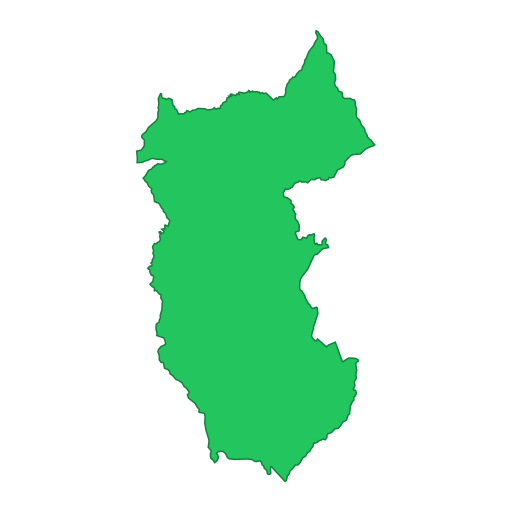 outline of La Vega, Cundinamarca, Colombia
{"feature_id": "7082276B26976888039358", "entity_name": "La Vega", "entity_type": "district", "adm_level": 2, "iso_a3": "COL", "parent_name": "Colombia", "parent_adm1": "Cundinamarca", "projection": "natural_earth1", "projection_center": [-74.344, 4.982], "detail": "fine", "context": "isolated", "style": "filled", "palette": "green", "viewbox_px": 512, "rotation_deg": 0, "n_neighbors": 0, "source": "geoboundaries", "source_scale": "gbopen_adm2", "svg_char_len": 6037}
<svg xmlns="http://www.w3.org/2000/svg" viewBox="0 0 512 512"><path d="M323.1,38.8L320.3,35.6L318.0,31.7L316.2,30.7L315.7,32.6L317.4,36.0L317.4,38.9L315.5,41.2L313.3,45.9L308.8,51.6L306.2,58.3L305.0,59.8L304.4,63.2L302.4,66.9L301.9,69.7L299.3,71.1L296.9,73.7L295.2,76.7L294.2,77.2L292.7,77.1L292.1,78.2L289.5,80.2L289.1,81.7L287.2,84.1L285.7,89.0L285.6,93.3L284.2,96.5L279.0,96.8L277.3,99.1L276.3,97.9L273.5,100.2L266.1,93.1L263.7,93.6L262.8,92.9L261.3,92.9L260.4,93.5L259.5,92.2L258.7,92.4L257.3,91.6L253.6,91.9L252.4,91.1L251.6,91.7L250.6,91.7L249.9,92.4L249.4,90.8L248.6,90.5L247.8,91.8L244.8,93.2L239.1,92.1L238.5,92.9L239.1,94.6L236.9,93.8L235.7,95.5L233.8,94.9L233.0,95.2L231.9,94.1L230.8,94.1L230.2,94.8L231.3,95.7L231.3,96.3L228.6,96.1L228.9,97.4L227.0,98.0L226.3,101.4L223.3,102.6L222.5,103.6L222.2,105.0L220.8,105.5L220.1,108.5L218.0,108.2L215.8,109.2L214.3,107.6L212.5,109.3L207.0,110.0L205.2,108.8L198.3,108.4L194.1,110.3L192.7,110.1L190.1,112.0L186.9,110.5L186.3,112.1L184.9,112.5L184.0,113.8L180.1,113.8L178.6,114.4L176.7,109.8L176.2,109.2L174.9,109.0L174.6,106.6L173.0,105.4L172.0,99.6L168.8,98.2L166.2,99.5L165.0,98.5L162.7,98.2L161.7,97.0L161.5,94.0L160.5,93.6L158.3,98.6L158.9,103.9L158.1,108.1L158.8,109.8L157.9,112.5L157.9,117.3L157.6,118.4L155.8,121.1L148.4,127.5L146.1,131.6L143.0,134.0L141.9,135.5L141.7,136.9L142.2,138.0L144.3,139.8L144.3,145.9L141.2,150.2L136.7,151.1L137.3,158.0L137.1,162.7L142.1,162.4L145.1,160.9L147.7,160.4L150.8,158.8L152.8,158.4L156.2,159.2L162.3,159.4L164.6,161.2L166.3,161.5L165.1,162.7L160.9,164.3L157.5,163.8L156.2,165.0L154.4,165.7L153.8,166.9L152.6,167.4L151.8,168.9L148.5,170.4L145.4,175.8L143.2,178.1L145.6,181.7L147.1,182.6L148.6,186.1L151.8,188.8L151.2,190.4L151.5,192.5L153.7,195.1L154.5,201.7L155.4,201.6L156.7,202.6L158.1,202.8L159.6,204.3L161.7,208.2L163.2,209.3L163.4,211.5L165.6,213.4L167.0,217.9L169.0,219.5L169.9,221.3L169.1,222.4L168.1,226.2L165.1,225.0L164.6,226.1L165.1,228.6L161.7,229.2L163.8,231.2L163.6,232.5L161.7,233.6L160.5,231.6L159.1,231.9L159.2,232.8L160.3,233.8L159.6,236.3L160.3,238.9L160.1,240.2L159.1,241.9L157.8,242.3L156.3,243.6L154.4,243.7L152.7,246.3L152.6,247.6L153.6,250.4L152.9,253.4L154.0,255.8L153.5,258.1L152.3,259.5L152.3,261.6L150.9,263.0L152.0,264.4L152.1,265.3L151.7,265.9L149.8,266.2L147.8,268.2L148.1,268.9L149.9,269.9L149.8,271.8L151.1,275.0L153.3,275.9L153.7,276.8L152.8,281.5L150.1,284.0L150.0,284.5L152.2,286.6L154.3,287.7L154.4,290.8L156.2,290.4L159.2,294.0L161.1,294.8L160.8,298.2L161.8,299.4L162.6,301.8L162.1,303.7L162.0,309.3L160.2,315.4L160.4,318.0L159.2,320.1L159.3,322.0L157.0,323.5L156.1,324.8L156.0,329.2L157.0,332.8L156.8,335.5L163.5,337.8L164.6,339.2L165.7,343.7L164.7,344.8L161.0,346.5L158.5,349.5L157.9,351.8L159.3,355.5L159.3,360.0L161.2,362.5L162.4,362.3L163.4,362.9L164.5,368.2L168.1,369.7L169.4,371.1L170.2,374.0L172.7,375.6L176.1,379.6L178.4,380.3L182.1,382.9L184.4,386.8L186.6,388.3L189.1,392.0L189.0,393.0L187.4,394.8L188.5,398.1L195.1,403.3L197.3,407.2L199.3,409.4L198.9,411.4L199.2,412.4L203.1,412.9L204.5,413.6L205.1,416.4L204.8,423.2L206.0,430.1L208.9,439.7L209.0,441.7L208.2,447.2L211.3,451.0L210.4,453.7L210.5,456.9L210.9,458.1L211.5,459.0L212.5,459.3L214.7,462.7L217.0,460.8L218.4,457.7L218.2,456.0L216.5,453.3L218.2,451.6L222.5,451.2L225.4,453.4L227.5,457.6L229.2,458.8L234.5,459.4L247.4,459.0L252.2,459.6L254.3,461.1L256.1,461.6L259.8,460.8L261.3,462.1L262.1,464.8L263.7,466.1L264.4,468.4L266.7,470.3L267.5,473.9L268.4,474.4L270.0,474.2L270.8,473.2L270.4,468.3L270.8,466.8L271.3,466.5L284.9,481.3L285.8,481.1L286.5,480.3L287.3,476.2L288.8,474.6L290.2,470.8L292.3,469.0L295.5,464.9L298.0,464.9L300.2,462.5L303.0,457.6L305.5,456.3L307.1,453.3L310.0,451.1L310.7,449.3L312.8,446.8L313.6,443.5L317.3,442.4L318.6,441.1L323.0,439.1L325.4,439.8L327.0,437.2L326.8,435.8L327.5,434.1L331.8,432.3L334.9,428.8L338.2,428.4L340.7,425.7L342.7,422.1L346.5,420.1L348.1,415.1L349.6,413.9L350.4,406.0L352.3,401.8L354.0,400.0L353.7,397.2L355.4,395.9L356.4,393.1L355.7,390.7L355.0,390.1L353.8,390.2L353.4,389.2L354.9,385.6L354.2,382.0L356.3,378.4L355.9,373.8L356.7,370.4L355.7,363.8L356.9,362.0L358.4,361.2L358.4,360.1L355.6,358.4L348.6,358.0L342.9,361.7L342.2,361.1L335.3,342.2L329.0,344.8L326.3,346.8L317.5,338.9L316.3,341.0L314.9,340.6L312.8,338.4L311.9,337.2L311.6,335.3L312.5,331.3L313.4,329.8L313.6,326.9L317.9,313.6L317.2,307.8L316.6,307.2L312.9,308.5L311.3,307.5L309.9,304.9L308.4,303.6L305.1,297.4L304.8,295.6L301.8,290.9L300.1,289.6L299.7,288.1L299.8,282.4L300.6,279.1L302.2,276.3L307.8,269.1L314.1,255.4L314.7,254.8L317.3,254.2L322.8,248.7L328.6,247.6L327.7,244.9L326.2,244.3L325.4,243.4L326.4,239.8L325.6,238.1L324.6,238.4L322.1,241.2L322.1,244.2L321.4,244.9L317.9,244.7L316.8,243.2L315.3,244.3L314.1,241.4L314.4,240.1L313.9,237.9L314.6,235.1L314.0,233.7L311.0,235.0L309.3,234.7L307.4,236.2L307.2,237.4L306.5,238.2L302.8,237.2L301.3,239.6L298.7,239.7L297.7,239.1L295.4,233.0L295.9,231.9L299.2,230.8L299.2,225.2L297.6,221.4L295.4,218.9L295.1,216.6L295.8,214.0L294.7,213.0L294.3,211.3L292.7,209.6L294.3,207.2L293.0,204.9L291.0,203.4L291.1,200.9L290.7,200.3L287.6,197.9L283.9,196.8L283.3,192.5L284.4,191.2L285.3,189.0L286.6,189.5L290.1,188.6L290.8,187.6L292.1,187.4L294.8,183.2L298.3,182.1L299.3,180.8L301.7,182.1L305.8,181.9L307.7,182.9L311.1,179.4L315.0,179.7L316.3,178.5L319.4,177.7L320.2,178.1L321.2,179.9L323.2,179.7L325.1,180.7L328.4,179.2L328.9,177.5L331.1,177.9L333.9,177.0L337.5,170.0L343.0,167.2L344.8,164.7L344.9,161.8L350.2,156.1L352.8,154.6L360.4,154.0L365.5,149.1L370.9,146.5L372.9,146.1L375.3,144.4L374.5,144.5L373.4,143.5L370.9,140.0L369.1,138.9L367.3,136.6L367.1,135.1L365.2,131.8L364.5,128.6L361.2,124.6L359.7,120.2L356.6,117.3L356.2,114.3L356.6,108.8L355.2,105.0L355.4,102.6L354.5,99.9L352.2,99.7L350.3,98.4L344.3,98.5L342.6,96.8L342.5,93.8L341.9,92.3L338.4,90.9L337.6,88.2L335.2,85.9L334.5,82.6L335.6,79.6L335.5,75.6L335.0,73.9L333.3,71.3L333.9,68.4L334.3,61.3L331.2,54.9L328.5,53.1L326.8,52.9L326.5,46.0L325.7,44.3L324.1,43.7L323.1,38.8Z" fill="#22c55e" stroke="#15803d" stroke-width="1.5"/></svg>